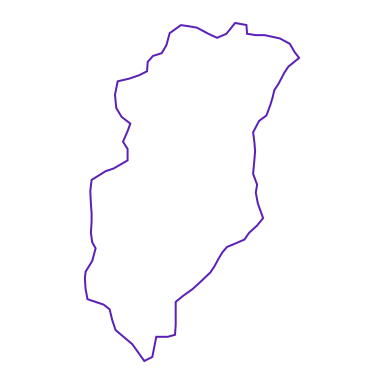 the district of Lefkonoiko, Cyprus
{"feature_id": "46923920B58626774901810", "entity_name": "Lefkonoiko", "entity_type": "district", "adm_level": 2, "iso_a3": "CYP", "parent_name": "Cyprus", "parent_adm1": "", "projection": "orthographic", "projection_center": [33.737, 35.264], "detail": "fine", "context": "isolated", "style": "outline", "palette": "violet", "viewbox_px": 384, "rotation_deg": 0, "n_neighbors": 0, "source": "geoboundaries", "source_scale": "gbopen_adm2", "svg_char_len": 1186}
<svg xmlns="http://www.w3.org/2000/svg" viewBox="0 0 384 384"><path d="M299.1,57.9L294.4,51.8L289.8,43.8L279.8,38.4L264.4,35.1L255.7,35.1L247.1,33.8L246.4,25.0L235.1,23.0L226.4,33.8L217.1,37.8L208.4,33.8L197.0,27.7L189.7,26.4L181.0,25.1L169.7,33.1L166.4,45.2L161.7,53.2L153.0,55.9L147.7,61.9L147.0,71.3L139.0,75.3L129.0,78.7L117.7,81.3L115.0,94.7L115.6,101.4L116.3,108.1L121.6,116.9L130.3,123.6L127.7,130.9L123.0,141.7L127.6,149.0L127.6,160.4L113.6,168.5L105.6,171.2L91.6,179.9L90.7,187.3L90.3,191.3L90.9,204.0L91.6,213.4L91.6,221.4L90.9,232.8L92.2,242.2L95.6,248.3L92.2,261.0L85.6,271.7L84.9,278.4L85.5,288.5L87.5,299.2L103.6,304.6L109.6,309.3L112.2,320.0L115.6,330.1L132.3,344.2L144.3,361.0L152.3,356.9L156.3,336.8L167.7,336.8L175.0,334.8L175.7,324.7L175.7,309.3L175.7,301.9L183.0,295.9L192.4,289.2L198.4,283.8L210.4,272.4L214.4,266.4L218.4,259.0L222.4,252.3L227.1,246.9L235.1,243.6L244.5,239.5L249.1,232.8L257.1,225.5L263.1,218.1L257.8,203.3L255.8,192.6L257.1,184.6L253.1,173.8L254.4,159.8L255.1,151.0L254.4,142.3L253.1,132.3L259.1,120.9L266.4,115.5L270.4,104.8L272.4,98.1L274.4,90.0L278.4,84.0L284.4,72.6L288.4,66.6L299.1,57.9Z" fill="none" stroke="#5b21b6" stroke-width="2"/></svg>